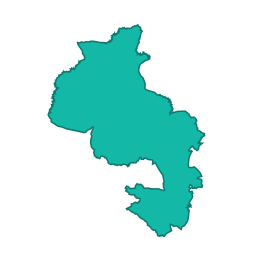 Fao Rai, Nong Khai, Thailand (Albers equal-area conic projection), rotated 7°
{"feature_id": "78962969B41477512763413", "entity_name": "Fao Rai", "entity_type": "district", "adm_level": 2, "iso_a3": "THA", "parent_name": "Thailand", "parent_adm1": "Nong Khai", "projection": "albers", "projection_center": [103.294, 18.001], "detail": "fine", "context": "isolated", "style": "filled", "palette": "teal", "viewbox_px": 256, "rotation_deg": 7, "n_neighbors": 0, "source": "geoboundaries", "source_scale": "gbopen_adm2", "svg_char_len": 5812}
<svg xmlns="http://www.w3.org/2000/svg" viewBox="0 0 256 256"><g transform="rotate(7 128 128)"><path d="M199.9,197.2L197.8,194.4L200.3,189.4L200.4,187.7L199.4,185.8L200.3,185.0L199.3,183.0L197.2,184.0L196.3,183.0L196.1,182.2L197.3,180.1L195.9,179.1L196.7,176.7L198.9,178.0L198.5,179.5L199.1,180.0L201.1,179.7L201.7,178.7L203.0,179.7L205.2,177.8L208.6,177.9L208.9,175.9L207.7,174.6L207.7,171.4L207.1,170.1L203.1,169.6L203.9,168.3L207.0,167.0L205.4,164.2L202.5,161.3L198.5,158.5L195.7,159.7L193.2,159.6L192.6,159.1L192.1,152.2L192.4,149.0L193.5,145.2L194.5,143.5L193.9,142.7L191.5,143.6L191.0,142.5L194.0,138.0L196.7,140.8L198.2,140.9L198.9,141.9L199.7,141.8L200.6,140.3L200.6,137.1L203.6,134.1L201.4,134.3L201.0,133.4L200.2,134.5L199.5,134.2L199.9,133.1L200.9,132.5L201.0,131.2L201.7,130.9L201.9,128.7L202.9,128.4L202.6,127.7L205.0,126.3L204.3,125.3L204.5,124.2L201.9,123.8L200.2,122.5L197.4,121.6L196.9,120.6L197.2,119.7L196.5,119.7L195.4,115.9L194.9,115.3L194.0,115.4L195.3,112.4L193.9,110.2L192.2,109.2L189.6,110.0L187.3,108.2L187.0,106.9L182.7,104.3L175.7,105.4L168.8,108.0L168.2,109.1L167.8,107.2L168.9,105.8L170.1,105.6L169.3,104.3L170.3,103.6L169.2,102.5L169.2,101.8L168.6,102.0L168.2,100.6L168.6,99.8L167.9,99.9L168.3,99.4L167.5,99.1L167.7,97.6L167.2,97.0L166.0,97.2L166.8,96.3L165.7,96.0L166.3,95.4L166.0,94.5L165.1,94.7L164.6,94.0L164.4,94.7L163.0,93.5L161.6,93.5L161.5,92.9L160.6,92.5L159.1,93.3L158.5,92.1L156.4,91.8L155.9,91.2L155.6,91.6L155.3,91.0L153.3,91.8L150.0,89.4L143.9,88.5L141.2,87.7L139.9,86.6L139.7,82.3L137.1,76.9L134.4,74.7L132.4,71.9L131.6,70.0L131.5,67.3L132.3,63.2L136.1,59.8L136.1,59.3L137.6,58.8L137.4,58.2L137.7,58.5L139.6,57.8L140.1,57.4L139.9,56.9L141.0,56.7L141.1,54.5L140.4,53.8L140.4,55.0L139.5,54.7L139.3,55.2L138.8,54.6L139.1,54.0L138.3,53.7L138.7,53.3L137.9,52.5L134.5,51.6L134.3,50.8L133.8,50.8L133.7,51.7L134.7,52.4L133.9,52.4L133.6,53.3L133.0,53.2L131.9,54.4L131.3,54.1L131.7,53.4L131.2,52.1L129.9,53.5L129.2,53.1L128.6,53.7L128.6,52.3L127.9,52.3L127.2,50.4L126.2,50.5L126.3,49.8L126.9,49.7L126.5,48.2L127.2,47.9L126.9,45.9L127.6,45.2L127.7,43.1L128.8,41.9L127.9,39.7L128.6,38.7L128.2,38.0L128.8,37.5L129.3,32.0L130.3,30.2L129.4,29.4L128.4,29.5L128.5,27.4L127.5,26.3L125.9,25.9L125.2,24.4L123.7,25.7L122.4,25.7L121.3,26.7L120.4,26.8L119.1,28.5L117.3,29.1L115.0,28.9L114.3,30.1L112.1,28.9L111.3,29.9L110.5,29.2L109.5,30.2L107.3,30.1L106.6,31.9L107.3,33.1L106.6,33.0L106.2,33.6L107.0,34.8L105.5,35.2L105.0,36.6L104.2,36.9L104.1,36.2L103.5,36.7L103.2,36.0L103.1,36.8L102.9,36.1L102.3,36.3L102.6,37.3L101.8,37.3L100.7,38.3L101.4,38.3L101.5,39.2L101.1,39.2L101.3,40.0L100.7,40.6L101.6,41.8L100.7,42.6L101.0,43.0L100.4,43.3L100.3,44.2L99.9,44.6L99.4,44.0L99.4,44.7L98.3,44.5L96.9,46.1L95.3,46.2L95.5,46.8L92.8,46.2L90.1,46.6L82.8,46.1L80.2,46.5L79.4,47.3L75.6,47.6L73.4,48.6L71.1,48.3L70.0,49.4L68.0,49.5L67.2,48.8L68.4,51.5L73.3,57.0L73.9,59.9L75.8,61.8L76.6,64.0L76.1,65.4L72.4,67.4L72.3,68.7L71.4,68.1L71.6,68.7L71.1,69.0L71.9,69.9L71.4,69.7L70.9,70.7L69.2,71.9L69.1,72.7L68.5,72.7L67.9,76.2L67.5,76.5L66.6,75.4L66.5,76.0L65.8,76.1L64.9,75.4L64.5,76.4L63.7,76.5L64.5,77.2L63.4,79.4L62.7,78.9L61.8,79.8L60.3,79.3L58.5,80.3L57.4,79.6L57.5,80.3L56.5,80.6L56.5,81.7L55.9,81.6L56.1,82.6L52.9,84.1L53.6,85.5L51.6,86.7L50.9,89.1L50.3,89.4L50.7,89.8L50.3,91.8L49.0,93.2L50.3,92.7L50.9,93.6L50.0,93.8L50.0,94.2L50.8,96.1L51.6,95.9L52.3,96.6L52.9,96.1L52.7,96.6L53.6,96.8L52.4,97.4L52.9,97.9L52.0,98.4L52.3,99.0L50.8,100.0L51.2,100.9L50.1,100.9L50.0,101.8L51.1,102.7L50.4,102.6L49.9,103.7L49.1,104.0L50.0,105.2L49.3,106.0L50.2,106.0L49.8,106.5L50.0,107.2L49.3,107.6L50.8,107.9L50.5,108.9L51.5,109.2L51.7,110.3L50.7,109.6L50.7,110.7L49.5,110.8L51.0,113.6L50.5,114.2L49.3,114.1L49.8,115.4L50.5,115.3L50.6,115.9L49.5,116.9L49.5,118.6L48.8,118.1L47.9,119.6L48.4,120.7L47.7,121.8L49.0,122.3L47.8,122.9L47.1,124.4L49.2,127.7L50.5,128.2L51.0,131.2L58.4,134.8L62.2,135.0L67.2,136.3L85.4,137.9L86.8,137.1L87.9,135.2L91.1,133.4L92.2,131.5L93.7,131.5L91.9,138.3L93.2,140.7L92.6,142.9L92.7,147.1L94.0,151.3L96.3,153.4L97.4,153.7L97.0,156.5L98.3,159.9L100.2,160.2L100.1,161.2L103.7,161.7L104.7,159.3L105.6,158.9L108.1,159.7L108.7,160.4L109.7,160.3L112.3,163.5L112.4,164.8L113.8,165.8L115.7,166.3L117.4,165.6L119.4,165.7L119.8,166.4L121.3,166.1L121.8,166.5L123.5,165.5L126.0,166.0L126.8,164.9L129.1,164.4L130.8,164.7L132.5,166.3L133.3,165.5L132.7,165.0L132.9,164.0L133.6,164.7L134.1,164.4L133.5,163.1L133.9,163.4L134.7,162.4L135.6,162.1L140.2,161.5L141.3,159.3L142.1,159.3L143.5,155.7L144.8,156.0L144.9,157.4L147.3,157.2L147.7,156.1L149.1,155.9L152.3,156.8L155.9,156.8L156.6,157.5L156.8,160.9L159.3,159.2L164.1,165.8L168.4,170.7L170.4,177.0L169.6,179.1L170.3,180.2L170.3,182.1L171.9,184.8L170.5,185.7L165.7,184.7L157.7,185.7L155.9,185.1L151.3,185.9L149.8,183.8L147.8,182.4L145.2,182.7L143.8,182.2L142.5,184.3L142.4,186.8L137.9,187.9L135.1,186.1L133.7,185.9L132.7,188.1L134.4,188.9L133.4,190.7L136.8,192.2L137.1,193.6L139.9,194.0L142.5,193.4L143.5,195.4L144.6,195.7L144.8,196.5L148.2,196.6L148.8,197.2L148.4,199.6L147.7,199.6L147.0,201.3L144.5,200.7L142.1,202.5L140.6,202.9L140.9,205.3L136.3,208.2L137.0,209.2L138.5,208.6L141.8,210.8L145.4,211.9L145.6,212.5L147.2,212.2L151.4,215.8L156.0,217.7L156.1,218.3L157.8,218.9L159.0,220.4L159.2,222.3L160.1,222.2L162.4,223.7L164.4,225.8L165.6,226.0L165.7,226.4L167.3,226.0L168.0,226.7L168.3,227.8L169.0,227.7L169.5,228.4L170.7,231.2L172.9,231.6L173.4,230.5L174.5,230.8L175.2,230.1L175.9,230.2L176.1,231.0L177.3,231.0L179.0,228.0L183.8,224.6L182.1,221.0L181.9,218.4L184.5,219.1L184.8,220.0L188.3,219.2L193.1,222.2L193.5,219.6L196.1,217.9L198.0,214.0L198.7,211.3L198.7,202.2L197.8,202.1L197.8,201.2L196.0,199.7L198.4,198.9L198.0,198.1L196.8,197.9L197.3,197.0L199.7,198.3L199.2,197.4L199.9,197.2Z" fill="#14b8a6" stroke="#0f766e" stroke-width="1.5"/></g></svg>